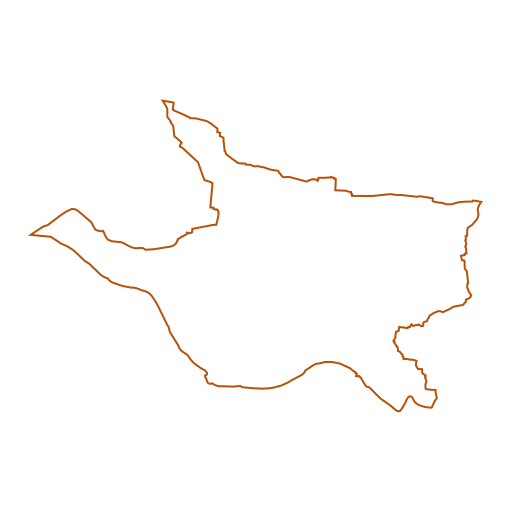 Tha Ruea, Phra Nakhon Si Ayutthaya, Thailand (orthographic projection)
{"feature_id": "78962969B60015542915267", "entity_name": "Tha Ruea", "entity_type": "district", "adm_level": 2, "iso_a3": "THA", "parent_name": "Thailand", "parent_adm1": "Phra Nakhon Si Ayutthaya", "projection": "orthographic", "projection_center": [100.715, 14.546], "detail": "fine", "context": "isolated", "style": "outline", "palette": "amber", "viewbox_px": 512, "rotation_deg": 0, "n_neighbors": 0, "source": "geoboundaries", "source_scale": "gbopen_adm2", "svg_char_len": 6073}
<svg xmlns="http://www.w3.org/2000/svg" viewBox="0 0 512 512"><path d="M91.3,222.3L79.5,212.1L76.5,209.9L74.8,209.2L72.2,209.0L71.2,209.2L66.0,211.7L60.5,215.4L47.8,225.0L47.2,225.3L44.2,226.1L41.2,227.8L30.7,234.9L50.8,236.8L60.9,243.5L67.2,246.3L72.8,249.8L76.6,253.1L84.3,260.5L89.4,263.9L90.7,265.0L91.6,266.2L92.8,267.1L93.5,268.1L95.2,269.3L98.3,272.6L101.6,275.5L104.0,276.9L108.1,278.7L109.3,280.5L112.2,282.4L120.3,285.2L124.0,286.3L132.0,287.7L133.9,287.6L136.4,288.2L141.7,290.2L146.8,291.8L149.1,293.3L151.2,295.2L155.7,301.7L159.0,308.0L167.7,325.8L168.6,326.5L168.8,328.1L169.2,329.1L169.5,330.7L170.0,332.2L171.0,333.9L177.7,344.5L179.8,348.9L180.9,350.2L181.6,351.0L186.6,354.3L187.8,355.4L190.3,359.1L192.8,362.0L194.6,363.7L201.1,368.3L204.7,370.2L206.3,371.9L207.0,372.9L207.0,373.8L206.9,374.3L206.3,375.0L205.0,375.5L205.3,377.4L206.0,378.3L207.5,382.4L207.9,382.7L208.5,383.5L210.3,383.8L211.5,383.4L212.0,383.4L215.6,385.3L217.6,385.9L219.4,386.2L234.0,386.6L240.1,385.9L241.8,386.9L243.1,387.3L251.8,388.1L262.5,388.7L269.2,388.3L274.4,387.4L281.1,385.6L288.6,382.2L291.5,380.3L301.4,375.1L302.7,374.2L304.1,372.8L305.1,370.9L305.8,370.2L313.2,365.3L314.8,364.4L316.3,363.8L320.1,363.3L324.5,362.1L329.3,361.9L333.8,362.3L340.1,363.6L350.0,368.2L353.2,370.9L355.5,372.2L355.5,373.0L356.8,373.6L356.1,376.1L359.3,376.1L359.7,376.4L360.0,377.2L361.2,377.8L361.3,378.6L365.6,385.7L366.1,386.2L366.7,386.7L368.6,387.0L369.6,387.8L373.6,391.6L376.5,394.7L377.7,395.7L380.2,398.3L390.8,405.8L395.6,410.0L397.1,410.9L398.9,411.3L400.2,410.8L401.6,409.0L405.4,402.7L406.6,399.7L408.1,397.4L409.4,396.4L410.1,396.3L411.4,396.6L411.7,396.9L412.5,397.9L414.4,401.5L416.0,403.2L418.2,404.6L421.7,406.1L425.8,407.1L430.9,407.7L431.8,407.4L434.9,400.6L436.3,399.1L436.6,398.5L436.8,397.4L436.2,395.6L435.7,393.0L435.5,389.9L431.3,389.8L425.9,389.1L425.7,388.9L425.3,386.2L425.8,383.0L426.4,381.7L425.8,378.9L425.2,378.0L425.0,377.6L425.2,376.7L425.7,376.5L425.6,375.3L423.3,374.1L422.1,372.7L422.2,371.8L422.0,369.2L419.4,369.0L418.0,369.1L415.8,365.2L416.5,360.8L412.8,359.7L410.2,359.7L407.1,358.9L403.6,359.1L403.5,357.2L402.6,356.8L402.6,354.6L401.5,353.9L399.6,351.5L398.0,351.0L397.5,346.8L396.7,346.6L395.7,344.7L394.4,343.0L394.3,342.6L394.6,341.9L393.5,341.3L393.5,340.4L394.1,339.9L395.5,337.6L395.3,337.1L395.5,334.3L395.8,333.5L396.0,331.8L398.1,331.1L398.9,330.4L398.8,328.6L399.2,327.0L402.3,327.4L403.4,327.3L405.2,328.0L406.4,327.8L407.6,328.1L408.1,327.7L408.3,326.9L409.6,327.0L410.1,326.9L410.9,324.9L411.4,324.3L412.2,324.7L412.7,325.7L413.2,326.0L414.0,325.8L415.6,325.1L417.5,325.1L418.6,324.4L419.9,325.4L420.9,325.9L422.2,326.2L422.9,326.0L423.3,325.7L423.4,325.1L423.1,324.0L423.1,323.5L423.9,322.1L424.3,321.9L426.1,321.5L426.9,321.2L427.8,318.8L428.9,317.5L429.6,315.6L431.0,314.9L433.3,313.2L438.5,311.1L441.4,311.5L442.7,312.2L443.1,312.2L444.4,311.4L449.5,309.2L451.2,308.0L453.7,306.7L457.4,305.9L462.9,305.0L463.6,304.3L464.8,302.7L465.8,301.9L465.9,299.8L467.4,298.9L469.3,298.2L470.7,296.6L471.2,295.4L469.7,292.7L468.5,291.2L468.0,288.9L467.2,287.8L467.1,287.5L467.4,284.1L467.5,283.8L468.1,283.4L467.6,277.8L466.7,270.9L465.7,270.0L464.8,268.6L464.6,263.7L464.8,263.0L464.4,261.2L464.2,260.5L463.9,260.3L462.5,260.5L462.1,260.4L460.9,255.9L461.0,255.7L462.4,255.4L464.4,255.2L464.7,255.0L464.5,254.2L464.7,253.8L465.3,253.5L466.2,253.5L466.6,253.2L466.3,252.5L466.2,250.7L466.3,249.4L465.9,247.9L465.2,246.6L466.2,244.9L465.9,242.4L465.3,240.3L465.4,240.1L465.8,239.9L465.8,239.7L465.7,236.0L466.8,236.1L467.1,235.6L467.3,229.2L467.8,228.1L468.4,227.4L469.5,226.6L471.6,225.3L472.5,224.4L476.4,220.0L477.3,218.6L478.2,216.2L478.4,215.0L478.4,213.7L477.7,209.9L477.8,208.4L479.1,205.2L481.3,201.9L474.2,200.6L473.9,200.7L472.8,200.7L472.5,201.5L464.1,201.7L459.1,202.2L457.3,202.6L451.8,204.2L450.7,204.3L446.9,204.3L445.8,204.1L442.5,203.0L437.5,202.4L433.2,201.4L432.8,201.2L432.6,200.8L432.8,198.3L420.0,196.2L417.4,196.8L401.0,195.0L397.7,195.1L390.2,194.1L373.5,195.9L370.0,196.0L352.0,195.9L352.2,194.2L351.3,194.1L351.1,192.1L348.6,191.7L345.8,190.7L335.3,190.3L335.8,179.0L334.1,178.7L334.3,178.0L332.5,177.4L331.0,177.0L331.0,177.5L327.9,177.5L325.2,177.8L318.5,177.8L318.1,180.3L317.5,180.8L317.0,180.3L316.9,179.8L316.5,179.6L313.8,179.4L313.7,179.2L312.0,179.3L309.9,180.2L308.9,180.3L308.4,180.8L306.3,181.6L302.7,180.5L289.0,176.9L283.3,177.3L282.8,176.7L282.1,176.3L281.2,175.3L280.4,173.7L279.3,173.2L278.2,170.9L276.5,170.5L272.1,169.9L269.8,169.4L268.4,169.0L263.3,167.1L262.5,167.3L260.3,166.7L257.2,166.1L254.9,166.4L253.7,166.2L250.5,164.8L245.7,164.6L245.3,163.5L242.6,163.4L242.5,163.7L242.3,163.7L241.2,163.4L238.2,163.1L232.1,158.8L226.0,154.1L225.3,151.4L224.8,151.3L224.6,150.9L223.8,142.2L223.4,141.8L223.6,138.0L223.2,137.6L219.9,136.1L220.0,132.8L219.3,132.5L217.6,132.3L217.2,132.1L217.6,128.9L217.4,128.6L210.8,123.5L207.3,121.4L204.1,120.4L195.5,118.3L192.0,118.3L189.8,118.1L189.6,117.5L179.9,113.0L174.0,110.5L173.6,110.3L173.5,109.5L172.8,109.3L173.7,102.8L172.4,102.3L162.7,100.7L167.2,108.2L167.4,113.3L167.2,115.8L167.8,117.9L168.5,118.4L170.9,121.7L170.6,122.4L173.2,125.9L174.2,135.3L174.4,136.1L174.8,136.8L176.0,137.5L181.7,142.7L180.5,144.5L179.9,145.9L179.9,146.7L182.0,147.5L198.0,162.2L203.4,177.5L204.2,178.8L204.4,180.1L209.7,181.7L212.4,183.1L212.3,185.8L210.3,207.4L213.6,207.7L213.4,208.9L215.0,209.2L215.7,209.7L216.5,209.4L217.5,209.6L217.6,210.4L218.1,211.2L218.5,211.5L218.3,212.8L218.6,213.3L218.3,216.3L216.3,224.8L214.2,224.8L212.0,225.1L192.3,228.9L192.3,230.5L191.8,232.7L188.7,233.2L188.2,233.1L187.5,232.5L187.0,232.6L187.1,233.8L182.9,236.3L182.1,236.3L181.4,237.1L177.7,239.3L177.4,241.2L176.8,241.5L176.5,242.6L176.0,243.4L174.0,245.2L172.7,245.9L170.0,246.7L157.8,248.6L152.1,249.4L145.3,249.7L143.6,248.4L141.9,248.0L140.7,247.9L135.6,248.3L131.8,247.4L128.0,245.6L123.2,242.9L121.5,242.3L111.8,241.2L108.1,239.8L105.9,237.0L103.1,230.9L102.1,231.1L100.8,231.2L99.3,231.1L96.1,230.0L95.0,229.2L91.3,222.3Z" fill="none" stroke="#b45309" stroke-width="2"/></svg>